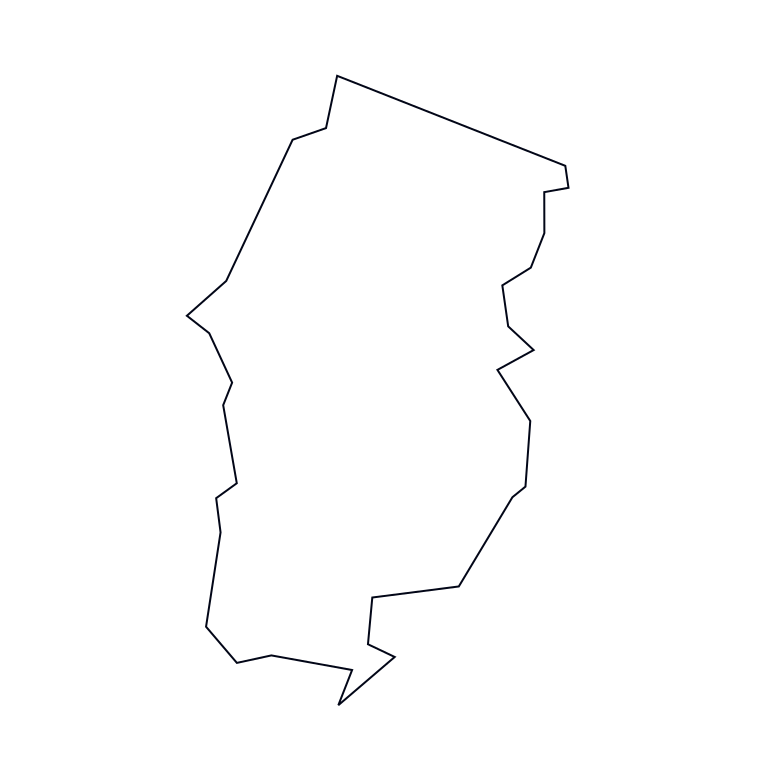 Powell, Kentucky, United States of America (Natural Earth projection), rotated 262°
{"feature_id": "52423323B38899235476803", "entity_name": "Powell", "entity_type": "district", "adm_level": 2, "iso_a3": "USA", "parent_name": "United States of America", "parent_adm1": "Kentucky", "projection": "natural_earth1", "projection_center": [-83.843, 37.824], "detail": "fine", "context": "isolated", "style": "outline", "palette": "ink", "viewbox_px": 768, "rotation_deg": 262, "n_neighbors": 0, "source": "geoboundaries", "source_scale": "gbopen_adm2", "svg_char_len": 561}
<svg xmlns="http://www.w3.org/2000/svg" viewBox="0 0 768 768"><g transform="rotate(262 384 384)"><path d="M479.0,198.3L458.6,218.0L406.5,233.8L385.4,221.8L306.2,224.4L294.3,201.9L259.8,201.5L168.4,174.0L128.3,199.5L130.9,234.7L105.2,312.6L72.3,294.1L112.2,356.6L128.5,331.9L174.2,342.7L173.1,429.9L254.0,495.4L262.7,509.8L327.0,523.7L382.2,498.3L396.8,536.9L423.8,515.0L465.2,514.9L478.8,545.6L511.1,563.8L551.7,569.4L552.6,594.0L574.8,593.9L695.7,380.5L645.5,362.2L638.6,327.5L508.0,242.1L479.0,198.3Z" fill="none" stroke="#020617" stroke-width="2"/></g></svg>